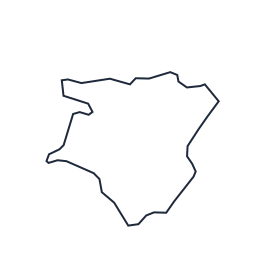 the Unitary District of West Lothian, rotated 35°
{"feature_id": "GBR-2025", "entity_name": "West Lothian", "entity_type": "Unitary District", "adm_level": 1, "iso_a3": "GBR", "parent_name": "United Kingdom", "parent_adm1": "", "projection": "orthographic", "projection_center": [-3.588, 55.888], "detail": "fine", "context": "isolated", "style": "outline", "palette": "slate", "viewbox_px": 256, "rotation_deg": 35, "n_neighbors": 0, "source": "natural_earth", "source_scale": "10m", "svg_char_len": 707}
<svg xmlns="http://www.w3.org/2000/svg" viewBox="0 0 256 256"><g transform="rotate(35 128 128)"><path d="M165.9,48.2L187.0,54.1L187.0,54.3L186.9,57.0L186.5,73.1L186.5,88.2L187.2,108.7L192.6,117.3L201.1,120.5L208.4,124.8L209.6,130.2L207.9,161.5L207.9,175.5L197.7,182.2L193.1,189.2L191.7,200.8L184.2,207.8L159.5,197.1L143.4,195.6L133.9,186.2L125.8,184.7L96.6,190.5L88.8,194.8L82.9,202.2L80.2,201.8L79.3,198.4L78.4,194.8L84.1,184.7L85.1,178.9L75.0,148.0L79.3,142.7L88.2,139.7L89.7,135.2L81.4,130.9L56.7,138.6L46.4,126.9L50.9,122.7L64.1,117.9L84.9,98.0L104.6,91.1L105.8,82.8L116.8,75.5L130.6,58.0L137.9,56.3L142.7,61.0L153.0,61.0L163.2,52.1L165.9,48.2Z" fill="none" stroke="#1e293b" stroke-width="2"/></g></svg>